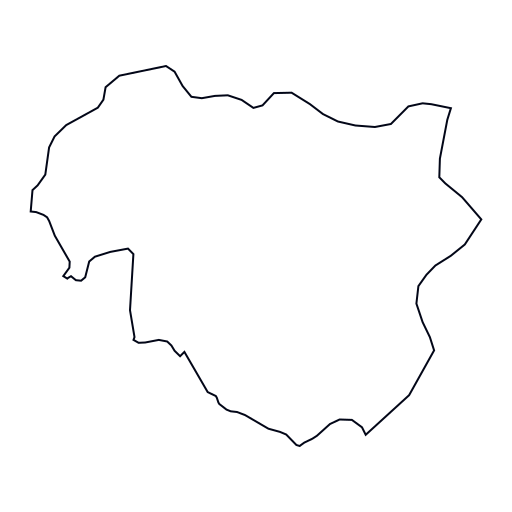 Nayala, orthographic projection
{"feature_id": "BFA-2807", "entity_name": "Nayala", "entity_type": "Province", "adm_level": 1, "iso_a3": "BFA", "parent_name": "Burkina Faso", "parent_adm1": "", "projection": "orthographic", "projection_center": [-3.069, 12.674], "detail": "fine", "context": "isolated", "style": "outline", "palette": "ink", "viewbox_px": 512, "rotation_deg": 0, "n_neighbors": 0, "source": "natural_earth", "source_scale": "10m", "svg_char_len": 1314}
<svg xmlns="http://www.w3.org/2000/svg" viewBox="0 0 512 512"><path d="M481.3,219.4L464.8,244.5L450.8,255.8L435.4,265.5L426.5,274.7L418.4,286.1L416.4,303.6L422.6,322.1L429.9,337.2L434.1,350.4L409.1,395.2L365.7,434.8L362.0,427.3L351.9,419.9L339.6,419.5L330.0,424.0L316.9,435.8L312.4,438.7L304.3,442.6L299.6,446.0L296.4,445.0L286.2,434.5L280.0,431.9L268.4,428.7L245.1,415.1L237.0,412.0L230.7,411.3L226.5,409.6L219.3,404.0L218.4,402.5L216.8,397.7L215.8,396.0L207.7,392.1L184.4,351.9L180.1,356.2L174.6,350.8L171.4,345.5L167.2,341.5L158.8,339.9L145.2,342.5L138.6,342.8L133.5,339.9L134.5,337.1L130.0,310.2L133.4,254.1L128.0,248.6L110.3,251.9L94.9,256.7L89.2,261.5L85.2,277.3L81.1,280.7L75.9,280.2L71.0,276.2L68.1,277.9L67.3,278.6L63.3,276.1L69.4,267.7L69.7,261.6L54.8,235.7L49.2,221.1L47.1,217.3L43.5,214.9L36.2,212.1L30.7,211.5L32.5,190.1L37.6,185.4L45.3,174.6L49.1,147.4L54.6,136.4L66.2,125.1L97.8,107.7L103.4,99.7L105.6,87.2L119.3,75.7L166.0,66.0L174.6,71.7L182.6,86.0L191.4,96.8L201.8,98.2L214.9,95.9L227.8,95.3L241.6,99.9L253.4,107.9L262.5,105.4L273.9,93.1L291.6,92.7L309.9,104.1L323.0,114.1L337.9,121.5L355.4,125.5L374.9,127.0L390.9,124.0L408.4,106.4L422.6,103.3L431.3,104.2L450.9,108.2L447.3,119.8L439.9,158.6L439.3,177.3L445.3,183.4L462.1,197.2L481.3,219.4Z" fill="none" stroke="#020617" stroke-width="2"/></svg>